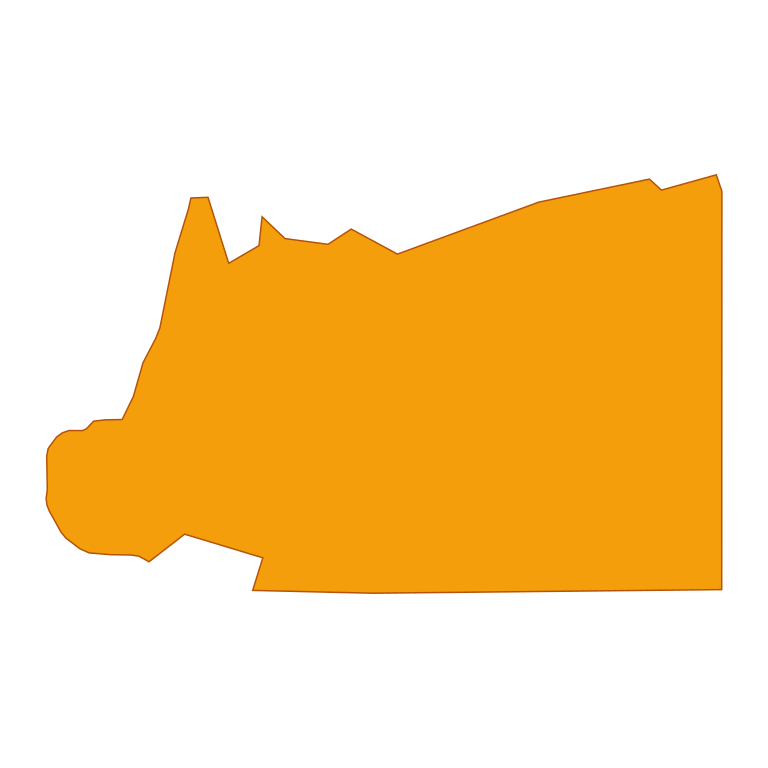 the district of Carlisle, Kentucky, United States of America
{"feature_id": "52423323B12449706455723", "entity_name": "Carlisle", "entity_type": "district", "adm_level": 2, "iso_a3": "USA", "parent_name": "United States of America", "parent_adm1": "Kentucky", "projection": "natural_earth1", "projection_center": [-89.084, 36.863], "detail": "fine", "context": "isolated", "style": "filled", "palette": "amber", "viewbox_px": 768, "rotation_deg": 0, "n_neighbors": 0, "source": "geoboundaries", "source_scale": "gbopen_adm2", "svg_char_len": 726}
<svg xmlns="http://www.w3.org/2000/svg" viewBox="0 0 768 768"><path d="M716.3,174.8L661.4,190.1L649.4,179.1L538.8,202.1L397.4,254.1L351.2,229.1L328.0,244.3L285.0,238.6L262.1,216.8L259.0,245.6L228.7,263.3L208.0,197.3L190.9,198.0L188.4,209.1L175.0,252.8L159.9,327.8L155.8,338.2L143.0,362.8L133.4,396.4L122.2,419.5L104.3,419.9L93.6,421.2L86.5,428.7L82.6,430.6L69.0,430.5L62.4,432.8L56.8,436.8L49.9,446.0L48.1,448.7L46.7,456.1L47.3,490.1L46.1,498.4L47.0,505.2L49.4,511.3L53.8,519.1L61.1,532.3L65.9,538.1L79.9,548.8L89.1,552.9L110.7,554.7L131.0,555.0L138.9,556.2L148.9,561.7L149.0,561.8L184.6,534.2L262.8,557.8L252.7,590.4L372.7,593.2L721.7,589.6L721.9,191.4L716.3,174.8Z" fill="#f59e0b" stroke="#b45309" stroke-width="1.5"/></svg>